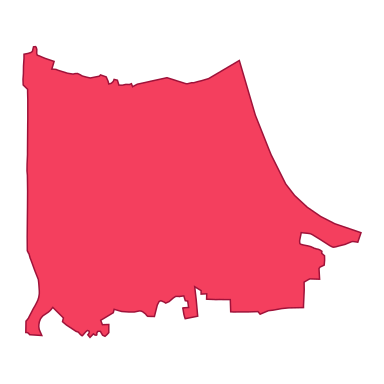 Hai Ba Trung, Ha Noi, Vietnam (Robinson projection)
{"feature_id": "81297802B70315889029707", "entity_name": "Hai Ba Trung", "entity_type": "district", "adm_level": 2, "iso_a3": "VNM", "parent_name": "Vietnam", "parent_adm1": "Ha Noi", "projection": "robinson", "projection_center": [105.856, 21.007], "detail": "fine", "context": "isolated", "style": "filled", "palette": "rose", "viewbox_px": 384, "rotation_deg": 0, "n_neighbors": 0, "source": "geoboundaries", "source_scale": "gbopen_adm2", "svg_char_len": 3579}
<svg xmlns="http://www.w3.org/2000/svg" viewBox="0 0 384 384"><path d="M38.3,279.4L38.5,280.9L38.7,282.7L38.9,284.9L39.3,291.0L39.3,293.7L39.1,295.1L38.9,296.3L38.7,297.5L38.3,298.6L37.9,300.0L36.9,302.1L36.3,303.3L35.0,305.8L33.4,308.5L32.8,309.6L31.6,312.0L30.5,314.1L28.8,317.4L28.5,318.1L26.7,320.4L26.0,321.1L25.8,332.5L27.3,332.6L28.4,333.2L29.1,334.0L29.7,334.7L41.8,335.5L40.1,331.6L39.2,329.4L38.8,326.7L38.9,324.4L39.4,321.7L40.5,318.8L41.6,317.3L42.9,315.8L48.4,312.1L50.4,310.3L52.8,307.4L63.4,317.9L62.5,321.7L66.4,325.0L76.1,331.4L78.3,332.1L80.3,334.4L81.7,335.6L82.4,335.7L85.6,332.0L87.3,330.5L88.8,330.9L89.2,331.6L89.3,332.2L88.8,333.5L87.8,334.8L90.0,337.4L93.4,333.9L94.9,335.0L96.2,335.2L96.8,334.8L96.8,333.1L97.5,331.7L97.8,331.4L99.6,331.3L100.5,331.4L100.9,332.3L102.6,335.2L105.0,336.3L106.9,334.7L108.8,332.6L108.8,324.5L102.4,324.7L100.7,320.3L113.3,312.7L114.1,309.3L121.7,311.5L129.1,312.0L134.3,312.0L139.5,310.9L141.2,311.1L142.6,311.7L145.6,314.0L146.7,315.5L147.7,316.3L149.5,316.4L154.4,316.5L157.3,305.0L159.1,301.5L160.9,300.7L164.2,302.1L165.7,303.1L169.1,301.6L173.5,297.8L175.7,296.4L178.3,296.4L179.7,296.6L179.9,296.4L183.8,295.9L185.3,300.7L187.7,301.1L188.6,307.5L183.7,307.8L183.7,308.0L182.8,308.1L183.1,309.7L183.9,314.4L184.7,317.3L185.2,318.7L197.7,316.2L196.2,299.6L194.7,286.7L201.1,290.6L201.1,294.1L206.7,293.8L206.7,295.3L206.6,299.2L214.3,299.5L215.5,299.6L219.4,299.5L225.3,299.6L230.3,299.6L230.7,311.8L234.0,312.0L238.6,311.9L248.6,311.9L258.0,311.6L260.1,314.2L268.4,310.7L272.8,310.2L281.6,308.6L288.4,307.9L303.5,307.6L303.5,305.7L304.2,289.9L304.1,282.1L308.2,279.7L309.8,278.9L319.6,279.2L319.0,268.5L320.0,267.1L324.2,265.1L324.6,260.5L324.6,258.9L324.5,255.7L324.2,255.5L321.7,253.3L321.9,251.3L319.7,249.8L318.0,249.2L316.3,248.9L315.0,248.4L313.9,248.2L313.3,247.7L312.0,247.2L311.0,246.7L309.6,246.3L307.6,245.8L303.5,245.0L300.9,244.3L300.2,243.9L299.8,243.4L299.7,242.2L299.6,240.8L300.2,237.7L300.7,235.4L300.9,234.4L301.2,232.6L302.4,232.8L307.6,233.3L310.4,233.7L312.3,234.6L320.1,239.4L329.9,245.7L332.5,247.0L333.6,247.2L335.9,246.8L338.7,246.0L345.1,244.4L346.7,243.7L351.1,241.9L351.6,241.7L352.8,241.5L353.8,241.6L356.1,241.9L357.8,242.2L361.0,232.7L334.7,223.7L320.7,216.5L307.3,207.3L294.6,195.5L285.7,184.0L271.1,154.8L268.6,148.6L255.3,115.1L239.3,60.5L208.6,78.6L202.9,80.3L202.2,80.5L201.5,80.7L200.8,80.9L200.2,81.0L197.8,81.6L195.0,82.4L194.3,82.6L193.8,82.7L193.4,82.8L191.7,82.7L187.7,83.7L186.7,83.8L185.3,83.5L179.7,81.7L177.7,81.1L173.4,79.7L167.0,77.7L150.9,81.2L150.3,81.3L150.1,81.4L145.2,82.5L137.3,84.2L134.1,85.9L133.9,86.0L132.6,86.7L131.4,83.7L129.5,84.5L125.8,84.4L122.3,85.2L118.9,85.1L117.4,80.2L114.1,79.4L113.3,81.4L111.3,83.3L108.8,84.0L108.1,81.3L106.2,76.9L100.5,74.9L99.3,76.2L90.1,78.0L89.9,77.9L86.4,77.1L82.3,76.0L80.1,74.7L77.5,73.5L75.0,73.6L73.1,74.1L67.4,73.2L57.9,70.2L56.0,69.4L51.8,69.1L53.2,64.5L54.1,61.4L45.2,58.4L41.6,56.9L40.7,56.5L39.6,56.0L37.3,55.2L36.7,53.5L36.8,49.4L36.2,47.3L35.5,46.6L33.5,46.8L32.4,51.4L30.9,52.5L28.1,53.4L24.0,54.2L24.0,58.5L23.5,66.0L23.4,73.7L23.0,79.4L23.2,85.0L27.6,89.3L27.6,92.0L27.7,96.1L27.8,99.3L27.8,102.9L27.8,109.5L27.8,112.7L27.8,117.4L27.8,119.4L27.7,125.2L27.7,126.7L27.6,138.0L27.5,150.9L27.5,154.7L27.1,164.0L27.0,170.9L27.4,175.3L27.5,182.8L27.6,191.3L27.5,207.2L27.4,215.8L27.2,236.9L27.3,250.8L27.8,251.7L28.0,252.0L28.1,252.3L28.1,252.6L28.2,252.8L28.6,253.2L28.8,253.5L29.0,253.9L30.2,258.2L30.6,259.1L32.5,264.2L34.3,269.2L35.2,271.6L38.3,279.4Z" fill="#f43f5e" stroke="#9f1239" stroke-width="1.5"/></svg>